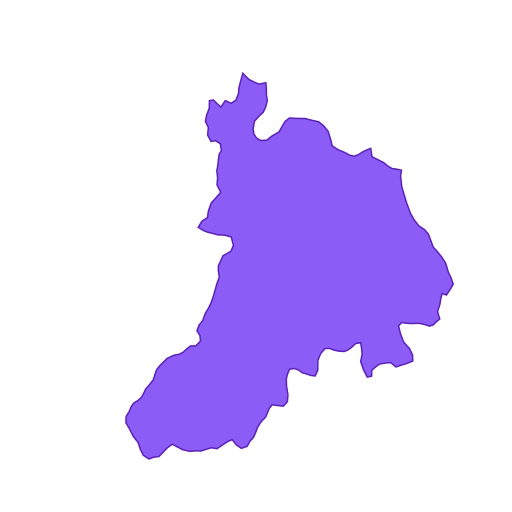 the district of Itajubá, Minas Gerais, Brazil, rotated 161°
{"feature_id": "56859067B47233930610196", "entity_name": "Itajubá", "entity_type": "district", "adm_level": 2, "iso_a3": "BRA", "parent_name": "Brazil", "parent_adm1": "Minas Gerais", "projection": "equal_earth", "projection_center": [-45.407, -22.44], "detail": "fine", "context": "isolated", "style": "filled", "palette": "violet", "viewbox_px": 512, "rotation_deg": 161, "n_neighbors": 0, "source": "geoboundaries", "source_scale": "gbopen_adm2", "svg_char_len": 2980}
<svg xmlns="http://www.w3.org/2000/svg" viewBox="0 0 512 512"><g transform="rotate(161 256 256)"><path d="M433.3,140.7L432.0,134.3L430.8,125.6L428.2,118.0L428.3,110.8L427.4,104.2L423.2,98.9L418.3,99.1L413.1,98.0L408.5,100.3L402.3,103.5L396.5,105.3L392.8,101.4L388.7,97.0L382.3,92.9L376.2,91.3L371.5,89.5L366.4,89.5L360.6,89.2L355.6,86.5L349.0,88.3L343.0,89.8L338.3,90.1L336.2,84.0L332.5,78.9L326.3,78.9L322.4,82.6L317.4,85.3L313.3,89.8L310.2,93.6L304.8,97.8L299.3,100.6L296.3,103.9L293.3,107.4L289.2,110.0L284.0,107.5L278.9,105.1L273.8,108.0L271.0,114.4L269.5,123.0L267.3,130.0L264.8,133.9L261.2,138.0L256.3,137.1L252.9,134.4L250.4,130.7L247.0,128.3L243.0,125.2L239.1,123.3L234.8,127.9L231.5,137.1L226.7,142.6L221.0,146.0L216.6,144.7L213.3,141.9L208.8,139.1L203.4,136.9L198.6,137.4L194.9,138.7L190.2,140.8L185.3,139.9L186.3,133.9L187.7,128.5L191.4,122.1L191.4,113.3L190.2,105.3L185.8,104.7L183.8,110.2L179.5,112.0L174.5,113.6L168.5,112.7L163.3,111.3L159.8,105.5L154.3,105.5L149.1,105.3L142.0,105.6L140.2,111.3L141.0,118.5L144.4,126.5L144.7,135.8L143.9,143.5L139.9,145.7L135.9,143.5L130.9,141.5L123.8,139.3L118.8,136.3L114.8,133.2L110.6,133.2L106.8,135.2L102.8,136.6L102.4,144.3L97.9,150.4L94.8,156.2L92.1,159.9L88.6,157.1L83.2,161.3L78.7,165.1L78.7,171.4L79.4,178.9L79.0,187.5L80.7,194.4L83.1,201.1L85.5,206.6L85.7,214.4L85.9,220.7L88.2,226.3L92.3,231.6L94.8,239.1L96.0,246.0L96.3,257.1L96.0,265.3L95.6,274.2L94.4,279.4L93.3,284.5L90.5,289.7L95.0,292.5L98.9,294.4L102.2,298.3L104.7,302.5L109.5,307.5L114.0,312.1L112.5,320.4L117.1,320.2L121.9,319.6L126.0,318.5L131.0,318.5L134.8,321.0L138.6,325.2L143.8,329.8L148.1,335.3L147.5,341.5L147.2,350.3L149.6,357.0L153.0,362.5L159.1,366.2L165.0,370.1L172.6,372.8L179.5,375.6L184.6,373.8L188.6,370.5L193.7,365.9L202.0,364.2L208.2,362.0L213.9,363.7L217.1,367.3L218.3,372.0L217.3,377.2L213.6,383.9L207.2,387.4L202.2,389.7L198.3,393.8L194.8,399.1L193.5,405.7L191.9,410.2L190.3,416.6L197.3,417.6L201.6,421.5L205.3,425.4L209.0,433.1L213.9,425.9L217.5,420.4L219.6,415.4L224.3,409.9L229.8,408.5L234.4,412.9L240.6,408.3L243.4,413.0L245.4,417.4L249.5,418.0L252.0,411.1L256.9,405.2L260.0,399.8L259.2,393.0L262.4,386.1L261.2,378.9L256.9,378.3L253.2,373.8L254.4,366.9L257.7,364.2L260.2,359.2L262.7,353.9L265.3,349.3L266.8,342.6L269.7,336.0L268.6,327.7L274.9,324.1L281.0,320.7L286.2,314.3L289.5,308.0L295.7,306.6L301.3,301.9L297.3,297.1L293.8,294.1L289.8,291.6L285.0,288.3L279.2,286.1L273.2,282.0L273.9,273.4L278.1,268.7L282.1,267.9L287.1,267.0L291.0,262.8L294.7,259.1L296.4,254.3L297.6,247.9L301.9,242.7L305.2,237.9L309.2,232.1L313.5,226.6L317.9,222.2L322.8,218.1L327.3,212.4L332.3,209.2L336.2,204.5L334.9,199.0L336.2,193.7L342.2,190.6L347.2,192.3L351.9,190.6L356.2,188.7L360.6,188.1L365.9,188.9L373.2,188.2L378.7,185.6L383.1,183.4L387.0,180.8L390.3,176.7L393.2,172.6L398.2,169.3L403.7,166.1L407.3,162.3L410.5,159.6L414.5,157.9L419.4,156.8L423.0,154.3L426.0,150.7L431.0,146.6L433.3,140.7Z" fill="#8b5cf6" stroke="#5b21b6" stroke-width="1.5"/></g></svg>